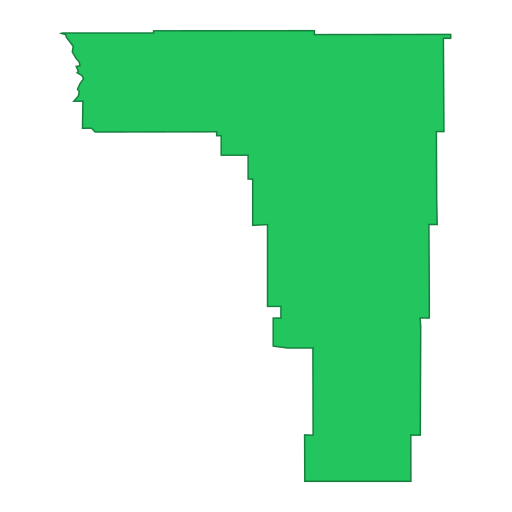 the district of Rosebud, Montana, United States of America
{"feature_id": "52423323B43348892660501", "entity_name": "Rosebud", "entity_type": "district", "adm_level": 2, "iso_a3": "USA", "parent_name": "United States of America", "parent_adm1": "Montana", "projection": "robinson", "projection_center": [-107.061, 46.02], "detail": "fine", "context": "isolated", "style": "filled", "palette": "green", "viewbox_px": 512, "rotation_deg": 0, "n_neighbors": 0, "source": "geoboundaries", "source_scale": "gbopen_adm2", "svg_char_len": 898}
<svg xmlns="http://www.w3.org/2000/svg" viewBox="0 0 512 512"><path d="M429.3,318.0L429.3,294.4L428.9,224.5L437.2,224.5L436.7,201.1L436.4,131.6L443.9,131.6L443.7,93.7L443.4,38.3L450.7,38.3L450.7,34.4L314.4,34.6L314.4,30.7L153.6,30.8L153.6,33.0L62.4,33.0L61.3,33.4L65.7,34.6L66.4,37.3L73.2,46.3L72.3,51.9L76.1,58.5L79.2,61.9L80.0,65.8L76.2,66.4L78.4,71.3L77.1,72.7L82.0,75.6L83.5,78.8L80.1,83.5L77.5,89.2L79.3,91.7L78.3,96.1L73.8,101.2L82.9,101.2L82.5,128.3L85.9,128.2L91.6,128.2L95.1,132.0L216.6,131.8L216.7,135.7L221.2,135.7L221.2,155.2L248.1,155.2L248.1,179.0L252.7,179.2L252.7,225.3L267.5,224.6L267.5,293.7L267.5,296.1L267.5,306.4L280.9,306.4L280.9,318.1L273.2,318.1L273.2,346.1L287.6,348.0L313.4,348.0L312.9,349.0L313.1,435.2L304.6,434.9L304.8,481.3L385.0,481.3L410.9,481.3L410.8,435.1L420.3,435.1L420.7,326.5L420.1,318.0L429.3,318.0Z" fill="#22c55e" stroke="#15803d" stroke-width="1.5"/></svg>